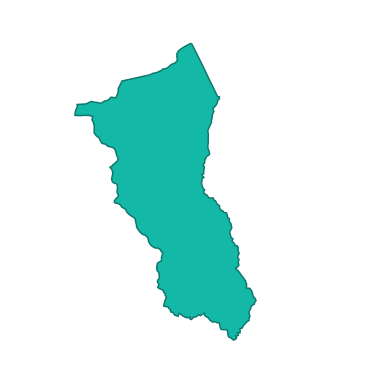 the district of Abadiânia, Goiás, Brazil, rotated 50°
{"feature_id": "56859067B3268447032130", "entity_name": "Abadiânia", "entity_type": "district", "adm_level": 2, "iso_a3": "BRA", "parent_name": "Brazil", "parent_adm1": "Goiás", "projection": "mercator", "projection_center": [-48.665, -16.168], "detail": "fine", "context": "isolated", "style": "filled", "palette": "teal", "viewbox_px": 384, "rotation_deg": 50, "n_neighbors": 0, "source": "geoboundaries", "source_scale": "gbopen_adm2", "svg_char_len": 3990}
<svg xmlns="http://www.w3.org/2000/svg" viewBox="0 0 384 384"><g transform="rotate(50 192 192)"><path d="M230.1,179.0L228.0,180.8L226.3,180.5L224.3,181.6L221.7,180.9L220.2,179.8L217.2,180.5L214.2,179.7L212.1,180.3L210.0,179.6L208.5,181.8L207.4,182.8L203.9,182.6L201.1,183.7L199.2,182.8L198.5,180.9L196.8,181.2L194.2,180.4L191.3,179.1L190.0,177.2L188.2,176.0L188.5,173.5L186.6,173.7L184.9,173.4L185.6,171.5L182.4,168.3L180.7,166.4L178.3,166.2L177.8,163.6L175.8,161.7L175.2,159.7L174.1,158.5L174.5,156.2L174.3,154.1L171.6,152.7L168.5,151.6L166.5,149.9L164.9,148.1L163.5,146.9L159.5,143.5L157.8,142.1L155.6,140.9L154.1,138.5L151.8,133.8L151.2,132.3L149.6,131.1L148.1,128.9L146.5,127.4L145.0,124.9L144.0,123.3L141.6,122.5L141.4,120.5L140.9,117.6L140.2,116.0L138.5,113.5L138.1,110.9L136.6,109.8L135.5,111.1L112.1,105.2L102.5,102.7L78.7,97.0L77.2,97.7L76.8,100.1L76.3,102.1L75.7,105.2L75.3,108.5L75.2,111.4L76.3,114.6L78.6,116.6L81.7,118.6L82.4,121.6L81.2,125.1L81.0,127.0L81.1,131.6L79.2,135.1L79.0,138.0L77.7,142.7L75.9,145.8L75.1,149.1L74.2,150.8L62.0,174.2L65.3,181.8L66.5,183.0L68.2,184.5L70.9,189.7L67.3,193.2L67.8,196.9L66.2,200.4L65.4,205.0L62.7,206.8L60.8,208.7L57.9,210.9L56.4,216.6L51.1,223.8L53.0,224.9L53.6,226.4L55.2,229.4L56.8,231.2L58.1,232.4L61.4,228.8L62.4,227.5L63.4,226.0L67.5,221.3L70.5,219.5L72.4,222.2L75.2,222.8L78.5,224.4L80.9,226.5L82.3,227.6L83.9,229.0L87.7,229.2L90.7,228.3L92.8,229.1L96.9,229.7L100.0,227.3L102.2,227.3L104.4,226.0L106.3,224.4L108.9,223.5L111.5,224.2L113.8,225.4L116.7,226.5L118.8,226.9L120.2,229.1L120.4,232.2L120.3,234.6L120.6,236.5L120.3,238.9L123.0,239.0L125.2,239.6L127.1,241.1L129.0,243.5L130.5,245.4L133.3,246.5L135.3,245.9L137.4,244.4L140.0,245.6L141.6,247.1L142.9,248.6L144.3,249.8L147.3,250.5L148.1,252.1L148.2,254.8L148.9,257.2L150.4,258.2L152.0,257.3L153.6,255.8L156.2,255.1L158.4,255.5L160.2,254.9L162.3,254.0L165.2,254.8L167.9,254.7L170.8,254.1L173.0,253.3L175.2,252.7L176.7,253.1L178.1,254.1L180.0,255.0L181.6,255.8L183.4,257.0L185.9,257.4L188.6,257.6L190.4,257.4L192.4,257.2L194.6,255.8L198.3,255.2L200.3,256.0L202.0,257.1L203.7,257.4L205.8,257.8L208.4,257.3L211.1,256.3L213.1,254.2L215.0,253.4L217.8,253.8L219.7,253.4L220.8,255.0L222.4,257.4L224.0,258.7L225.1,259.7L224.6,261.8L224.3,264.1L225.7,266.0L227.4,267.8L229.8,269.3L232.6,269.2L234.5,270.7L236.2,271.4L237.1,273.0L237.5,274.7L238.3,276.1L240.1,276.6L241.7,276.9L242.3,278.4L243.2,279.6L244.7,279.2L246.4,278.3L248.8,277.4L250.7,278.1L252.5,278.0L253.8,278.8L256.5,279.4L257.3,281.5L258.4,283.3L259.8,285.3L261.2,287.0L263.0,285.7L264.5,284.2L265.9,284.6L268.0,284.2L270.2,285.4L272.0,284.0L275.2,284.4L276.4,283.5L278.3,282.6L276.7,280.3L278.1,279.3L280.1,278.9L282.0,278.4L284.5,277.2L286.0,275.4L286.5,273.9L288.2,275.2L289.4,274.3L288.9,271.9L289.7,270.2L290.3,268.2L290.3,266.0L292.2,265.0L292.3,262.3L292.8,260.5L294.6,261.7L296.5,261.3L299.0,260.4L301.5,260.7L303.2,260.3L305.2,259.6L306.1,257.7L308.6,256.6L309.7,255.1L312.1,256.5L314.7,257.8L316.2,257.9L317.4,256.8L318.8,254.9L320.4,253.8L321.8,254.5L323.6,255.8L326.5,257.1L328.6,256.0L330.4,255.7L331.9,255.5L332.9,253.3L331.9,251.1L330.4,251.1L331.6,248.6L329.0,247.6L330.8,245.9L329.5,244.4L327.2,243.0L328.5,241.3L328.0,239.8L327.3,238.3L327.0,235.1L326.8,232.9L327.0,230.8L325.5,229.8L324.6,227.6L322.5,226.7L320.7,225.5L319.7,223.9L319.1,222.0L318.1,220.8L317.4,218.8L318.0,216.3L316.6,214.5L316.4,212.8L314.3,212.1L311.3,212.2L308.0,210.6L305.5,209.7L302.9,209.7L300.4,212.2L298.8,210.4L297.5,209.3L296.1,208.9L294.5,208.1L292.6,208.0L290.7,207.8L288.9,207.7L286.5,207.6L284.1,207.3L281.7,207.4L278.5,207.6L278.7,205.3L278.2,203.1L275.5,201.7L273.8,199.3L271.5,199.1L270.1,197.4L269.5,195.5L267.6,194.7L265.8,194.0L264.8,192.6L262.4,191.8L261.1,193.3L258.9,192.7L255.2,192.8L254.3,190.8L252.1,191.2L250.0,190.4L248.4,189.6L246.9,189.0L246.2,187.4L245.1,184.6L243.5,183.7L241.2,182.5L238.4,182.3L236.5,180.5L234.7,181.3L232.7,180.0L230.1,179.0Z" fill="#14b8a6" stroke="#0f766e" stroke-width="1.5"/></g></svg>